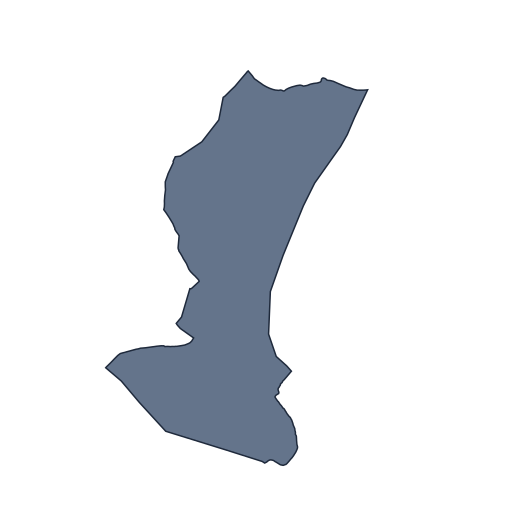 Cap Estate/Lower Saline Point, Saint Lucia, rotated 113°
{"feature_id": "8701671B68101868582268", "entity_name": "Cap Estate/Lower Saline Point", "entity_type": "district", "adm_level": 2, "iso_a3": "LCA", "parent_name": "Saint Lucia", "parent_adm1": "", "projection": "mercator", "projection_center": [-60.942, 14.106], "detail": "fine", "context": "isolated", "style": "filled", "palette": "slate", "viewbox_px": 512, "rotation_deg": 113, "n_neighbors": 0, "source": "geoboundaries", "source_scale": "gbopen_adm2", "svg_char_len": 3630}
<svg xmlns="http://www.w3.org/2000/svg" viewBox="0 0 512 512"><g transform="rotate(113 256 256)"><path d="M122.8,348.2L145.3,343.4L172.1,350.5L193.6,364.7L196.2,369.1L201.2,369.3L202.2,368.6L214.8,369.1L215.3,369.0L223.2,368.5L227.8,366.5L230.4,365.2L232.8,364.5L236.0,363.6L239.2,362.5L241.0,361.9L243.6,360.7L246.8,359.5L249.4,359.0L251.3,355.8L254.4,351.1L257.2,347.2L258.9,344.9L260.4,343.5L261.9,341.8L263.2,341.0L264.2,339.7L265.2,338.1L266.2,336.4L267.4,334.7L278.7,331.0L280.0,330.3L280.5,329.5L281.4,329.1L282.9,326.9L283.9,325.5L285.4,323.5L286.8,321.9L288.3,319.7L290.2,317.0L292.8,314.3L294.3,312.8L295.9,310.3L297.5,306.5L298.3,304.2L299.0,302.7L299.9,300.6L300.7,299.2L301.6,298.4L310.6,302.4L311.6,303.1L311.9,304.1L341.3,300.7L349.2,303.1L350.1,301.8L351.1,299.9L351.8,298.3L352.3,297.4L355.8,281.4L357.1,281.6L357.7,281.7L359.3,281.9L361.3,282.7L362.1,283.2L363.3,284.3L364.6,285.6L365.8,286.8L367.1,288.8L368.0,290.2L369.0,291.8L370.0,293.4L370.5,294.6L371.2,295.8L372.0,297.8L372.9,299.5L373.3,300.8L373.8,302.1L374.7,304.0L375.0,304.5L374.7,305.7L375.6,308.0L376.4,309.5L377.9,312.2L379.3,314.5L380.4,316.4L381.6,318.4L383.8,322.1L384.9,324.2L386.0,326.3L387.5,328.1L388.7,330.0L398.8,342.8L401.6,344.4L406.1,346.2L410.9,348.0L416.6,350.4L417.6,350.7L423.7,331.2L436.4,306.1L452.6,270.6L446.3,208.2L442.7,170.0L443.2,167.1L441.3,165.5L440.8,165.4L440.1,165.0L439.6,164.6L439.1,164.3L438.4,163.6L437.9,162.7L437.7,161.9L437.5,160.9L437.4,160.1L437.5,159.3L437.8,158.1L437.9,156.8L438.1,155.6L438.2,154.8L438.4,153.7L438.6,152.4L438.6,151.6L438.4,150.7L438.1,149.3L437.8,148.8L437.3,148.3L436.8,147.9L436.3,147.1L434.9,146.4L432.8,145.7L431.3,145.2L429.5,144.7L427.6,144.0L425.0,143.4L423.0,143.1L421.4,142.8L419.4,142.7L417.8,142.7L416.5,142.8L415.4,143.2L414.2,144.1L413.5,144.7L411.6,145.7L409.9,146.6L408.4,147.3L406.2,148.4L405.7,148.8L404.6,150.2L403.5,150.5L402.3,151.2L401.5,151.9L399.7,152.9L397.4,155.3L396.9,155.8L395.9,156.5L395.3,157.0L394.0,158.2L393.0,159.1L392.4,160.0L391.6,160.9L391.1,161.6L390.9,162.4L390.5,163.3L390.1,163.9L389.6,164.8L389.1,165.7L388.4,166.7L387.5,167.8L387.3,168.3L386.8,168.9L386.4,169.4L385.8,170.2L385.5,171.0L385.5,171.5L385.2,172.2L384.8,172.8L384.3,173.5L383.9,174.2L383.5,175.0L383.2,175.8L382.4,176.9L381.8,177.9L381.4,178.4L381.1,179.4L380.5,180.3L379.5,181.9L379.2,182.3L378.9,182.8L378.6,183.2L378.1,183.5L377.6,183.5L377.2,183.4L376.4,183.2L376.0,183.0L375.3,182.5L374.3,181.8L373.8,181.4L373.3,181.5L372.7,181.6L372.1,182.0L371.4,182.7L370.9,183.1L370.0,183.7L369.5,183.7L369.0,183.8L368.4,183.7L367.8,183.5L367.3,183.4L366.4,183.4L365.8,183.2L365.3,183.2L364.9,183.2L364.4,183.5L363.5,183.2L363.0,182.9L362.4,182.6L361.9,182.5L360.9,182.6L360.3,182.3L359.7,182.1L358.8,181.7L349.2,178.7L348.2,178.4L345.2,184.7L340.6,198.1L323.0,213.9L283.1,228.9L244.9,231.3L191.3,232.0L166.0,230.5L136.9,224.2L122.4,221.0L108.6,219.4L90.2,219.4L59.4,218.2L60.1,219.4L61.5,222.2L62.3,224.1L63.8,227.7L64.4,231.1L64.6,235.4L65.1,239.2L65.1,242.9L65.1,247.7L65.0,253.1L65.5,256.3L66.2,258.4L66.3,259.6L65.9,260.4L65.6,261.9L65.9,263.9L66.8,264.6L67.8,264.8L69.1,264.4L70.3,264.6L71.1,265.1L72.9,267.3L74.6,270.3L76.6,273.1L78.9,275.4L80.2,277.3L81.1,278.7L81.1,280.3L81.5,282.2L83.2,285.0L86.6,289.3L88.8,291.6L91.0,293.4L92.3,294.0L93.0,294.5L93.4,295.3L93.4,297.0L93.6,298.2L94.7,299.9L95.7,303.1L96.1,305.6L96.3,309.0L96.2,312.4L95.8,316.1L95.2,318.7L94.6,321.7L94.0,324.2L93.5,326.7L92.3,328.7L92.0,329.1L91.7,329.6L88.7,335.5L89.8,336.1L90.4,336.2L99.6,339.1L108.1,341.7L113.7,344.1L121.1,347.1L122.8,348.2Z" fill="#64748b" stroke="#1e293b" stroke-width="1.5"/></g></svg>